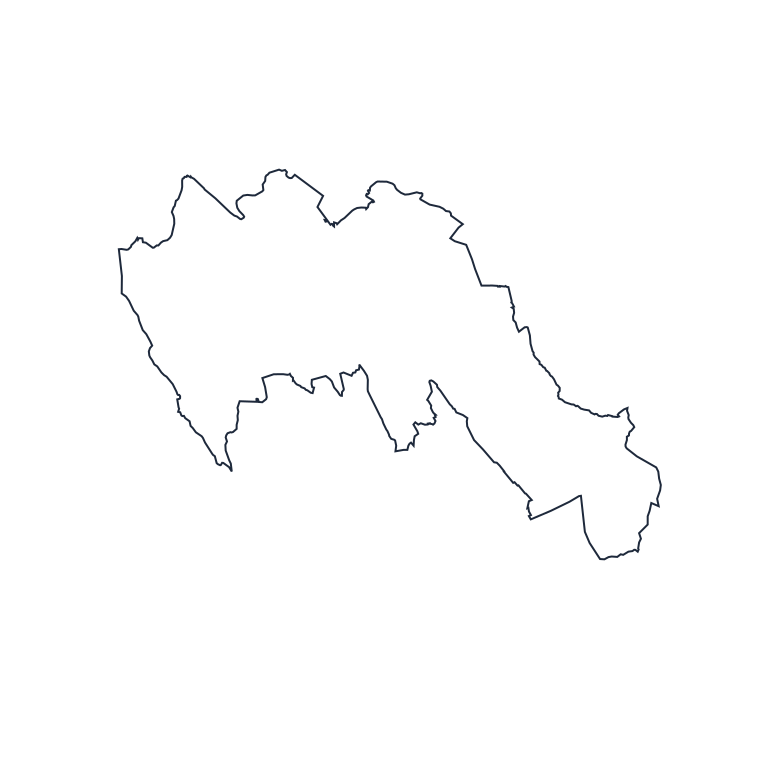 Omitlán de Juárez, Hidalgo, Mexico (Equal Earth projection), rotated 144°
{"feature_id": "50627088B94550034799576", "entity_name": "Omitlán de Juárez", "entity_type": "district", "adm_level": 2, "iso_a3": "MEX", "parent_name": "Mexico", "parent_adm1": "Hidalgo", "projection": "equal_earth", "projection_center": [-98.622, 20.184], "detail": "fine", "context": "isolated", "style": "outline", "palette": "slate", "viewbox_px": 768, "rotation_deg": 144, "n_neighbors": 0, "source": "geoboundaries", "source_scale": "gbopen_adm2", "svg_char_len": 6165}
<svg xmlns="http://www.w3.org/2000/svg" viewBox="0 0 768 768"><g transform="rotate(144 384 384)"><path d="M233.6,123.7L230.5,130.6L223.2,135.6L219.4,139.6L217.0,145.8L213.6,151.9L212.8,156.5L222.0,176.9L225.5,189.3L225.3,191.4L224.3,193.0L220.4,195.9L218.5,198.6L216.1,198.4L214.9,199.9L213.2,201.0L211.7,200.8L206.9,202.0L206.5,204.2L207.0,207.5L206.8,211.9L206.0,213.4L204.3,215.0L203.1,219.5L201.1,221.5L204.8,222.4L211.3,222.3L213.0,221.7L212.9,219.6L214.4,220.0L218.4,223.4L218.2,223.8L221.0,227.2L222.1,226.9L223.6,228.3L226.6,229.3L229.1,232.2L229.4,234.6L230.6,235.6L231.5,235.6L233.4,239.0L233.6,242.1L237.1,245.6L239.3,248.5L240.0,252.0L240.5,252.8L241.7,253.1L242.6,255.9L244.3,257.3L248.3,262.9L249.2,266.7L251.1,269.5L250.4,270.7L250.3,272.1L249.2,272.7L248.2,274.6L246.0,275.1L244.1,277.6L244.2,280.3L244.8,282.1L243.7,287.9L243.7,291.2L244.3,292.4L244.4,294.3L243.9,295.5L244.4,298.7L244.9,299.3L244.4,302.7L245.3,304.0L245.4,307.0L246.4,308.6L245.0,310.8L246.0,317.0L245.7,319.9L244.5,321.4L244.5,323.3L241.8,330.4L237.4,337.6L234.5,345.2L235.0,346.1L236.9,347.2L244.1,347.0L243.2,351.4L241.3,356.4L241.8,359.7L240.0,362.7L236.9,365.1L234.9,368.5L235.6,370.7L233.4,370.1L232.8,374.3L233.1,375.1L232.0,375.9L226.4,389.3L227.9,390.8L228.0,391.8L229.2,392.0L232.6,395.1L233.0,394.6L234.6,395.9L234.3,396.5L238.4,399.9L247.3,406.3L242.7,423.6L239.5,433.2L235.7,448.3L242.8,457.9L244.7,462.9L231.8,466.7L226.3,467.0L230.8,480.8L229.6,482.8L229.7,485.1L232.2,487.5L233.0,491.0L234.9,494.7L241.6,502.3L246.0,512.0L245.7,512.8L242.3,513.8L241.1,515.5L241.6,516.6L242.7,517.1L244.8,519.8L252.4,522.9L255.7,524.9L257.9,528.7L259.3,533.4L259.4,535.5L258.7,538.7L259.3,541.0L262.8,546.0L270.2,551.6L271.8,551.9L278.4,551.5L279.9,551.0L281.7,548.9L282.7,550.0L283.4,549.8L283.8,547.3L285.7,547.0L286.3,547.9L287.6,547.2L287.9,545.9L284.8,538.8L285.0,537.3L286.2,537.5L286.7,538.7L290.7,538.5L293.0,536.5L295.6,536.0L295.1,537.3L298.6,540.1L302.3,542.2L305.5,542.8L307.8,542.9L318.4,541.5L322.6,541.7L328.0,540.8L327.8,541.9L329.4,544.1L331.8,540.8L332.1,541.9L331.8,543.8L332.2,544.3L333.7,544.3L333.7,548.7L335.9,549.7L335.6,551.5L333.7,549.6L333.8,566.3L322.7,572.0L333.2,605.7L337.6,604.9L339.0,605.8L339.9,607.1L340.5,609.6L339.9,611.2L338.0,612.5L338.3,615.3L341.3,616.5L342.9,619.1L352.5,622.3L355.1,621.7L356.5,621.9L358.2,621.2L360.8,618.1L364.9,616.7L367.6,611.8L369.2,611.4L377.3,612.3L379.5,613.8L383.4,617.3L387.1,619.2L395.4,618.8L397.2,616.9L399.1,612.8L399.4,608.9L398.6,603.3L398.8,601.5L399.8,601.0L402.6,601.2L403.4,602.1L404.5,605.9L406.1,608.2L407.6,613.1L411.3,633.4L414.8,646.8L414.6,648.1L417.1,661.7L418.4,664.4L418.4,665.4L419.1,665.0L420.5,668.2L421.1,668.3L422.0,667.6L423.6,668.8L425.0,668.2L426.2,668.5L427.7,667.3L431.4,662.1L433.9,659.7L441.3,654.8L443.3,654.4L444.6,654.6L448.7,651.0L450.4,650.6L454.6,647.8L455.5,643.7L456.8,640.8L459.5,636.9L468.2,629.3L471.1,628.1L474.7,627.7L478.7,629.4L481.3,629.5L485.1,628.7L486.4,629.7L490.1,629.6L491.0,630.2L493.6,638.3L495.7,640.4L493.9,643.9L496.6,646.1L498.3,645.3L497.8,647.2L501.3,645.6L506.8,644.8L508.1,643.7L511.8,643.2L513.3,643.8L517.0,647.5L519.3,648.9L532.6,625.4L543.0,611.4L541.3,606.3L541.4,601.0L543.4,590.4L542.9,584.6L543.2,582.9L544.9,579.2L547.5,569.4L547.0,564.0L548.1,555.6L549.0,551.3L552.2,550.6L555.1,548.6L557.1,545.0L557.5,543.1L557.6,539.1L558.3,534.9L557.1,531.5L557.3,524.2L556.7,520.4L555.6,517.7L555.0,508.1L556.4,499.7L557.2,497.0L557.0,496.1L556.1,495.5L556.1,494.0L557.3,492.4L558.1,492.2L560.3,493.1L563.9,485.9L564.3,484.4L566.9,482.5L565.5,480.9L566.4,477.7L566.0,476.6L564.6,475.8L564.9,473.2L563.2,468.1L565.1,463.8L564.6,460.8L564.6,455.5L562.2,448.9L562.2,446.7L563.2,441.9L564.0,428.7L564.0,427.2L563.3,425.0L565.9,418.3L565.5,416.7L564.3,414.6L563.5,414.4L561.3,415.4L560.4,414.6L558.2,407.8L558.6,402.7L554.7,409.7L554.1,413.2L551.2,423.2L548.1,428.0L544.8,429.8L543.5,433.8L541.8,435.2L539.5,436.1L536.6,435.3L535.8,434.4L534.4,433.9L529.6,434.3L527.2,437.6L523.5,440.7L521.2,444.4L518.1,447.2L516.5,450.9L510.9,454.9L496.9,444.0L496.6,446.0L496.0,446.9L495.5,446.8L494.9,446.0L495.8,443.0L493.2,440.8L488.3,441.0L486.6,442.2L482.0,451.4L478.9,460.3L467.5,456.7L459.9,451.3L456.7,448.2L455.0,447.4L454.2,447.5L454.6,445.2L454.0,442.5L455.6,440.4L455.1,440.4L455.1,436.4L454.7,434.7L452.8,431.6L452.8,430.1L450.8,427.1L450.7,425.3L449.7,423.9L448.4,420.0L447.1,418.6L442.7,422.2L443.9,423.6L442.6,426.6L439.9,429.8L426.4,424.7L425.0,419.9L424.7,416.7L426.4,410.5L426.0,405.0L426.2,401.0L425.8,399.9L425.0,399.2L422.7,402.2L420.1,402.9L419.5,403.5L413.4,418.0L410.0,417.1L405.4,409.7L402.5,411.3L400.4,410.2L398.5,411.5L395.8,410.4L393.4,412.8L392.6,414.3L392.5,406.4L392.9,400.6L394.6,396.9L400.3,389.4L401.3,387.6L402.0,383.8L406.2,359.1L406.3,356.8L407.7,352.4L408.9,345.8L408.9,343.9L409.7,340.1L410.3,338.9L410.4,335.4L408.5,332.9L408.2,331.8L410.4,326.9L414.3,322.8L406.9,319.2L403.8,317.0L400.5,319.8L398.4,320.7L396.6,320.7L396.3,316.7L392.7,321.1L389.9,323.7L385.6,323.6L384.8,326.1L384.0,333.9L381.2,334.6L380.1,331.0L377.3,330.6L374.8,327.0L372.4,325.5L371.7,325.4L371.6,326.1L370.0,325.3L370.2,324.9L368.6,323.2L368.2,322.3L366.4,322.4L364.1,323.8L363.7,327.4L361.6,327.0L361.1,328.9L360.3,328.6L361.0,331.7L360.9,333.0L360.2,337.0L358.5,338.8L358.1,344.3L358.4,345.8L349.8,349.6L347.3,355.2L346.2,358.9L345.1,359.7L343.6,359.1L342.6,357.0L341.6,352.3L342.7,350.2L342.3,345.4L342.7,328.9L342.2,326.1L342.5,323.4L341.5,322.4L342.2,318.5L338.4,312.5L336.6,307.4L338.9,305.2L341.5,300.9L344.1,285.7L342.4,273.0L341.0,256.0L339.0,254.0L338.4,250.0L338.1,242.7L338.5,242.7L337.6,228.1L336.1,227.8L335.7,223.3L334.8,223.0L334.2,212.6L333.6,211.8L332.7,203.3L335.7,204.0L341.1,199.2L340.0,198.9L341.7,195.6L342.2,191.6L344.4,192.0L344.8,188.2L323.4,183.3L303.1,179.7L292.2,178.7L290.4,177.8L308.4,146.3L311.1,134.5L312.1,115.4L308.7,112.6L304.1,112.0L301.2,110.6L296.9,107.0L292.6,107.1L290.9,105.2L284.8,104.7L281.2,102.8L279.0,102.8L278.1,102.0L277.3,99.2L275.3,100.4L275.0,101.6L270.7,105.9L267.1,107.8L265.3,113.4L253.3,115.3L248.4,122.0L243.6,125.3L237.7,130.6L233.6,123.7Z" fill="none" stroke="#1e293b" stroke-width="2"/></g></svg>